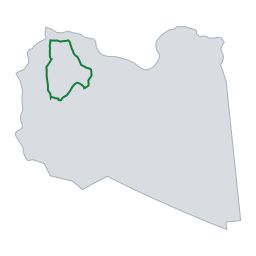 where Mizdah sits in Libya
{"feature_id": "LBY-2976", "entity_name": "Mizdah", "entity_type": "Municipality", "adm_level": 1, "iso_a3": "LBY", "parent_name": "Libya", "parent_adm1": "", "projection": "albers", "projection_center": [13.169, 30.372], "detail": "fine", "context": "in_parent", "style": "outline", "palette": "green", "viewbox_px": 256, "rotation_deg": 0, "n_neighbors": 0, "source": "natural_earth", "source_scale": "10m", "svg_char_len": 4153}
<svg xmlns="http://www.w3.org/2000/svg" viewBox="0 0 256 256"><path d="M18.7,71.8L20.3,71.0L22.6,70.2L23.8,69.5L24.3,68.9L26.1,66.6L27.0,65.3L28.2,63.5L28.8,62.3L28.8,61.1L28.7,59.7L27.8,56.3L27.2,53.0L27.8,51.7L28.3,51.1L29.4,49.6L29.8,49.3L32.0,48.9L32.9,47.9L33.6,46.6L33.8,46.0L34.8,45.3L36.0,44.6L36.7,43.7L39.1,42.3L41.2,41.1L43.7,39.8L45.7,38.7L46.1,37.8L46.1,37.0L45.0,35.2L45.1,33.0L45.2,31.3L45.3,30.2L45.8,27.3L45.8,26.9L47.8,27.9L49.8,28.3L55.8,32.0L57.7,32.5L61.9,32.9L66.9,31.4L68.8,31.2L72.1,32.6L73.5,32.9L76.0,33.0L80.1,34.3L81.2,34.7L83.6,36.7L84.8,37.3L93.5,39.0L94.7,40.2L95.9,42.5L96.0,45.4L96.7,47.5L97.9,50.2L99.2,52.2L100.7,53.7L102.4,54.7L106.2,56.1L110.6,56.6L114.9,56.6L122.5,58.4L128.9,60.5L130.6,61.6L133.8,62.6L140.4,67.9L144.0,69.7L146.6,69.9L148.8,69.5L152.6,67.3L154.2,66.1L157.9,61.0L159.0,58.4L159.4,56.6L159.2,54.8L158.6,53.3L157.4,51.6L156.5,49.4L155.8,45.4L156.2,42.6L156.9,40.9L158.0,39.1L161.0,35.6L164.1,33.1L169.6,29.7L172.9,29.5L174.3,29.1L176.9,26.7L178.0,26.6L179.5,27.0L184.0,26.5L186.0,26.9L188.5,28.0L191.5,28.6L193.7,29.2L196.1,30.1L196.8,32.7L196.6,33.5L196.7,34.5L199.2,36.1L205.9,36.3L207.2,36.7L209.2,37.9L210.4,38.2L215.0,37.9L217.6,37.4L220.2,37.6L221.2,38.0L222.3,39.0L223.7,41.4L224.3,42.3L223.8,42.8L223.2,43.8L222.8,44.6L221.8,46.1L220.9,47.6L221.2,49.7L221.6,51.8L222.5,53.8L223.4,56.0L223.4,57.5L223.0,59.4L222.6,61.0L220.9,64.4L220.7,65.2L220.9,66.2L222.5,69.9L222.8,71.1L223.9,74.6L224.8,77.5L225.8,79.8L226.0,80.4L226.4,83.9L226.7,87.3L227.1,90.8L227.5,94.2L227.8,97.7L228.2,101.1L228.5,104.5L228.9,108.0L229.3,111.4L229.6,114.9L230.0,118.3L230.3,121.7L230.7,125.2L231.0,128.6L231.4,132.0L231.8,135.5L232.1,138.9L232.5,142.3L232.8,145.8L233.2,149.2L233.6,152.6L233.9,156.0L234.3,159.5L234.6,162.9L235.0,166.3L235.4,169.7L235.7,173.2L236.1,176.6L236.4,180.0L236.8,183.4L237.1,186.8L237.5,190.2L238.3,197.8L239.1,205.3L239.9,212.9L240.6,220.4L240.6,220.5L236.9,220.9L233.3,221.3L229.6,221.6L226.0,222.0L226.2,223.9L226.4,225.8L226.6,227.6L226.8,229.5L219.4,226.6L212.0,223.7L204.7,220.7L197.4,217.7L190.2,214.6L182.9,211.5L175.7,208.4L168.6,205.2L161.4,202.0L154.3,198.8L147.2,195.6L140.1,192.3L133.1,189.0L126.1,185.6L119.1,182.2L112.2,178.8L107.4,176.4L102.4,179.0L98.4,181.0L93.2,183.6L87.2,187.0L82.6,189.5L82.3,189.5L82.1,189.4L77.3,185.2L73.5,181.9L71.8,181.0L64.7,179.3L57.6,177.6L50.2,175.7L48.9,173.0L47.4,170.0L45.5,166.1L44.3,163.8L43.9,163.4L38.3,161.5L32.3,159.6L28.8,160.6L28.2,160.5L27.3,159.8L26.3,158.8L25.8,157.5L24.5,155.7L23.3,151.7L23.3,148.5L23.0,147.4L20.1,142.8L17.4,138.6L15.7,135.8L15.4,134.6L15.6,133.1L16.4,131.8L19.1,130.2L21.6,128.6L22.0,127.4L22.2,124.0L21.5,123.0L20.9,121.0L20.4,118.3L20.4,116.5L21.6,113.1L22.9,109.6L22.3,105.6L21.9,97.6L22.5,91.4L22.2,89.1L22.1,88.1L21.3,85.1L20.5,82.1L20.1,81.0L18.9,78.5L16.9,75.4L15.9,73.4L17.4,72.5L18.7,71.8Z" fill="#d9dde1" stroke="#a8b0b8" stroke-width="1"/><path d="M62.8,41.2L64.6,41.0L65.8,41.0L67.1,40.7L67.6,40.5L68.4,40.4L69.0,41.1L69.9,42.2L70.2,43.6L70.3,44.5L71.0,45.9L71.5,48.1L72.4,49.8L73.0,51.2L73.4,52.8L74.2,53.9L75.6,55.7L76.4,56.2L77.2,56.6L77.4,56.9L79.2,60.1L80.4,63.1L81.1,64.9L83.1,65.9L84.3,66.5L85.8,67.5L88.7,68.3L89.8,68.7L89.8,68.8L91.0,69.6L91.3,71.9L91.5,73.9L91.5,75.6L90.9,76.8L90.0,77.8L89.8,78.1L89.4,78.9L88.7,80.0L88.3,80.8L88.4,82.0L88.6,83.1L88.7,84.3L88.6,85.1L88.1,85.9L87.0,86.6L85.3,87.8L84.2,88.2L84.2,87.4L83.5,86.5L82.3,85.3L80.9,84.3L79.2,83.4L78.4,83.0L77.3,82.7L76.1,83.1L74.6,84.3L73.9,85.0L73.1,86.0L72.0,87.4L71.4,88.7L70.7,89.9L69.9,91.0L69.1,92.2L67.9,93.9L66.5,95.5L64.9,96.3L63.8,97.1L63.0,97.5L62.2,98.2L61.7,99.3L60.8,100.3L59.5,100.3L58.3,99.7L58.2,98.5L57.3,98.4L56.2,98.3L55.3,98.2L53.6,97.5L53.0,97.4L51.3,96.9L50.8,97.7L50.5,94.9L50.2,93.6L49.0,91.9L47.9,90.1L48.0,85.7L47.5,82.5L47.0,78.9L46.7,75.5L46.6,72.3L46.7,69.6L46.4,67.6L46.5,66.7L47.2,66.0L48.3,64.3L50.1,61.6L51.4,59.3L51.2,59.3L50.5,58.0L50.0,56.8L49.8,55.4L49.9,53.5L49.8,51.9L49.9,50.1L50.1,48.5L49.9,47.4L49.7,45.7L50.0,43.8L50.3,42.3L50.3,40.4L54.0,40.6L55.9,40.6L57.3,40.5L58.5,41.0L59.6,41.3L60.5,41.7L61.1,41.5L61.7,41.4L62.8,41.2Z" fill="none" stroke="#15803d" stroke-width="2"/></svg>